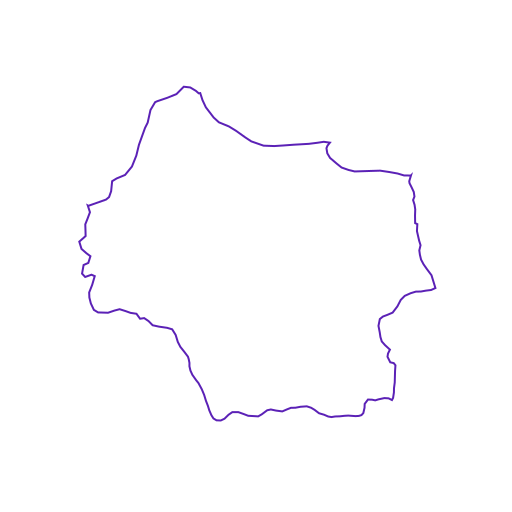 outline of Lubok Antu, Sarawak, Malaysia, rotated 73°
{"feature_id": "92858781B44551979255249", "entity_name": "Lubok Antu", "entity_type": "district", "adm_level": 2, "iso_a3": "MYS", "parent_name": "Malaysia", "parent_adm1": "Sarawak", "projection": "natural_earth1", "projection_center": [111.911, 1.298], "detail": "fine", "context": "isolated", "style": "outline", "palette": "violet", "viewbox_px": 512, "rotation_deg": 73, "n_neighbors": 0, "source": "geoboundaries", "source_scale": "gbopen_adm2", "svg_char_len": 2548}
<svg xmlns="http://www.w3.org/2000/svg" viewBox="0 0 512 512"><g transform="rotate(73 256 256)"><path d="M158.5,402.1L165.6,402.0L171.2,406.3L175.8,410.0L181.0,411.4L187.1,413.1L190.6,420.8L198.2,420.8L203.7,417.4L207.8,414.4L213.6,418.4L214.2,423.5L222.0,427.5L226.1,425.5L225.8,418.8L228.1,416.1L235.7,421.1L242.1,426.2L247.0,427.5L253.1,427.8L260.1,426.8L263.8,423.5L267.0,414.1L266.8,407.3L267.0,402.0L270.5,396.9L273.7,392.6L276.3,387.2L282.1,385.2L282.7,381.1L286.8,377.8L292.0,375.1L295.2,369.4L298.7,362.0L301.6,357.6L308.0,355.9L315.3,355.9L320.8,354.9L326.6,352.6L332.4,350.5L335.0,350.5L338.8,350.9L342.0,351.9L346.4,352.2L351.0,351.6L357.4,349.5L360.6,348.2L367.6,346.8L373.7,346.2L379.8,346.2L385.3,345.8L389.9,345.8L395.2,345.2L398.9,344.2L401.6,341.8L403.0,337.8L402.4,333.7L399.8,328.7L398.4,324.3L400.1,318.6L403.6,313.9L406.5,310.2L410.0,300.8L409.1,296.8L406.8,290.4L407.1,286.7L409.7,282.0L412.3,276.3L411.7,270.9L411.4,266.9L412.6,262.8L413.2,257.5L414.6,251.4L417.2,247.7L420.2,245.0L424.8,241.7L427.7,237.3L430.6,233.9L432.1,230.9L432.6,227.2L433.8,222.8L434.7,218.1L435.6,214.4L438.2,207.7L439.0,204.4L439.0,201.7L437.6,199.3L432.9,196.6L429.2,195.3L426.0,190.9L427.4,186.9L428.9,184.2L428.9,180.8L429.4,174.8L430.9,170.8L433.5,168.1L431.8,166.4L426.8,164.0L422.8,162.7L417.5,160.3L406.5,156.6L401.3,154.6L398.7,155.6L396.9,158.7L390.8,159.7L387.9,158.3L384.7,155.3L378.9,158.7L374.5,160.7L369.9,160.7L365.2,160.0L358.6,159.3L352.5,156.0L351.0,152.3L350.7,147.6L350.1,141.9L345.5,135.5L340.3,130.4L337.6,125.4L336.8,119.0L336.8,113.6L338.2,108.6L338.8,103.6L339.7,98.5L339.1,93.8L331.0,93.8L325.7,93.8L318.2,96.5L312.9,98.2L307.7,99.2L302.8,98.9L298.4,98.2L293.8,95.5L288.8,95.5L279.2,94.8L272.7,92.4L271.1,94.2L263.8,92.1L258.0,90.1L253.4,89.4L248.4,89.4L245.5,87.1L240.9,86.4L236.0,87.1L231.3,87.9L229.3,87.6L224.2,84.2L224.3,84.4L222.3,90.8L218.5,96.5L214.7,103.9L210.7,112.3L208.4,120.7L204.0,136.9L200.8,142.3L196.4,148.3L191.1,151.9L183.9,156.5L178.7,157.8L173.5,157.1L171.4,155.4L169.2,152.2L166.6,157.8L165.7,164.0L164.2,172.6L162.7,178.8L160.6,187.4L158.4,197.1L156.2,206.4L152.7,216.5L145.0,227.0L139.3,231.7L130.3,238.6L124.2,244.0L117.3,252.4L111.2,256.0L99.1,260.5L91.3,261.6L83.9,261.7L83.7,263.2L80.5,265.2L75.6,269.6L73.0,275.6L75.0,279.3L77.9,284.7L78.8,295.1L79.1,305.2L79.4,307.5L85.5,314.2L96.8,320.6L101.1,324.7L115.4,335.4L125.0,341.1L134.2,348.5L140.2,357.5L141.1,366.6L142.4,371.7L151.7,375.6L156.7,379.3L158.2,382.9L159.0,401.6L158.5,402.1Z" fill="none" stroke="#5b21b6" stroke-width="2"/></g></svg>